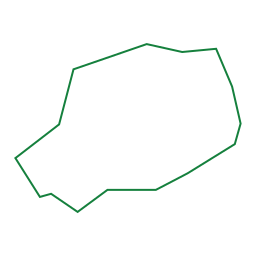 an SVG outline of Gyôr
{"feature_id": "HUN-4905", "entity_name": "Gyôr", "entity_type": "Urban county", "adm_level": 1, "iso_a3": "HUN", "parent_name": "Hungary", "parent_adm1": "", "projection": "orthographic", "projection_center": [17.664, 47.662], "detail": "fine", "context": "isolated", "style": "outline", "palette": "green", "viewbox_px": 256, "rotation_deg": 0, "n_neighbors": 0, "source": "natural_earth", "source_scale": "10m", "svg_char_len": 307}
<svg xmlns="http://www.w3.org/2000/svg" viewBox="0 0 256 256"><path d="M146.7,44.1L182.2,52.0L216.1,48.8L232.1,86.6L240.6,123.6L234.8,144.1L187.6,173.3L155.8,189.9L107.4,189.9L77.6,211.9L51.1,193.8L39.9,196.9L15.4,158.1L59.1,124.4L73.5,69.3L146.7,44.1Z" fill="none" stroke="#15803d" stroke-width="2"/></svg>